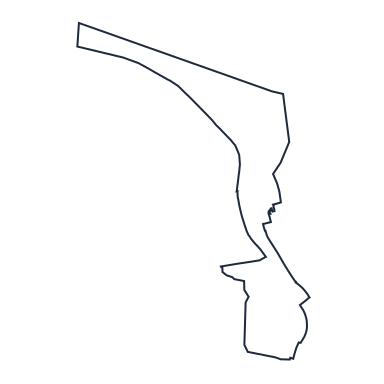 outline of Ismailiyya 1, Al Isma`iliyah, Egypt, rotated 274°
{"feature_id": "37247803B86792300989473", "entity_name": "Ismailiyya 1", "entity_type": "district", "adm_level": 2, "iso_a3": "EGY", "parent_name": "Egypt", "parent_adm1": "Al Isma`iliyah", "projection": "natural_earth1", "projection_center": [32.267, 30.608], "detail": "fine", "context": "isolated", "style": "outline", "palette": "slate", "viewbox_px": 384, "rotation_deg": 274, "n_neighbors": 0, "source": "geoboundaries", "source_scale": "gbopen_adm2", "svg_char_len": 2494}
<svg xmlns="http://www.w3.org/2000/svg" viewBox="0 0 384 384"><g transform="rotate(274 192 192)"><path d="M296.2,276.0L298.0,264.6L313.9,207.4L352.7,67.4L329.1,67.5L321.3,114.1L316.8,129.7L312.2,139.8L311.0,142.2L309.2,145.8L302.5,159.9L301.7,162.0L298.3,168.1L296.8,170.8L289.4,179.4L287.6,181.7L278.8,191.7L270.0,201.6L265.4,206.7L264.7,207.4L260.5,211.3L257.4,215.0L255.4,217.2L246.4,227.2L241.3,232.0L238.2,233.6L232.3,236.5L222.6,237.9L220.6,237.8L215.9,237.7L213.9,237.5L205.5,237.1L202.5,236.9L199.1,236.7L196.2,236.6L195.8,236.5L196.0,237.4L194.6,237.4L190.5,237.9L189.4,238.1L188.0,238.6L186.0,239.1L184.9,239.4L183.4,239.7L177.6,241.4L175.4,242.1L173.8,242.6L170.1,243.9L167.7,244.9L165.3,245.8L160.0,247.9L159.8,248.0L159.7,248.1L157.2,249.1L155.1,250.2L153.5,251.1L153.2,251.2L153.0,251.3L152.1,252.2L151.7,252.6L151.4,252.8L150.6,253.4L149.5,254.2L147.7,255.8L145.0,258.4L142.0,261.7L139.4,264.3L134.8,268.2L132.4,270.2L132.3,269.9L128.5,264.1L126.0,253.2L123.6,242.3L121.6,234.0L119.7,226.0L119.3,226.2L118.4,227.6L114.3,228.0L112.0,231.3L111.3,232.5L110.3,236.2L109.9,238.0L108.0,240.3L106.8,250.2L98.0,251.0L91.4,255.8L85.7,253.2L43.2,254.9L36.4,258.8L32.9,286.4L31.3,292.3L31.7,301.2L33.5,301.6L32.7,304.6L37.2,305.4L44.0,307.0L49.4,309.0L49.1,310.9L52.4,312.6L55.1,314.0L58.5,315.2L61.6,315.9L64.6,316.1L66.7,316.0L70.5,315.6L72.4,315.2L72.7,315.2L72.9,315.1L74.5,314.6L76.7,313.8L79.0,312.8L81.7,311.3L86.0,308.1L86.8,307.6L92.2,313.6L94.5,315.8L95.0,316.6L98.4,314.1L102.7,310.2L104.0,308.8L105.1,307.4L107.6,304.0L107.7,303.8L107.8,303.7L108.9,301.8L109.2,302.0L109.5,302.1L110.6,300.7L113.9,298.1L119.6,293.8L125.4,289.6L131.3,285.6L137.1,281.7L142.9,277.4L148.7,273.1L151.9,270.8L154.4,269.5L158.3,268.1L158.2,267.9L158.1,267.7L159.7,266.9L162.2,266.0L165.1,265.1L165.2,265.3L165.3,266.1L167.5,272.8L172.1,271.3L175.4,270.1L175.8,271.7L176.0,271.5L176.3,271.3L176.1,270.5L176.0,270.0L176.2,269.8L176.4,269.7L177.9,270.0L177.9,270.4L177.9,270.5L178.0,270.5L178.2,270.0L178.6,270.2L178.6,270.7L178.4,270.7L178.4,270.9L178.4,271.0L178.4,271.4L178.5,271.4L178.5,270.9L179.0,271.0L179.5,271.1L179.5,271.3L179.5,271.6L179.7,271.4L179.8,271.2L180.6,271.6L180.8,271.7L181.1,271.8L181.3,272.5L181.1,272.6L180.9,272.7L178.1,273.7L178.1,273.9L178.2,274.0L178.7,275.6L180.9,275.2L183.1,274.3L184.0,274.1L184.2,274.4L185.0,274.0L185.1,273.9L187.8,281.4L198.6,279.1L206.5,276.3L215.6,271.6L227.5,278.4L248.7,285.5L296.2,276.0Z" fill="none" stroke="#1e293b" stroke-width="2"/></g></svg>